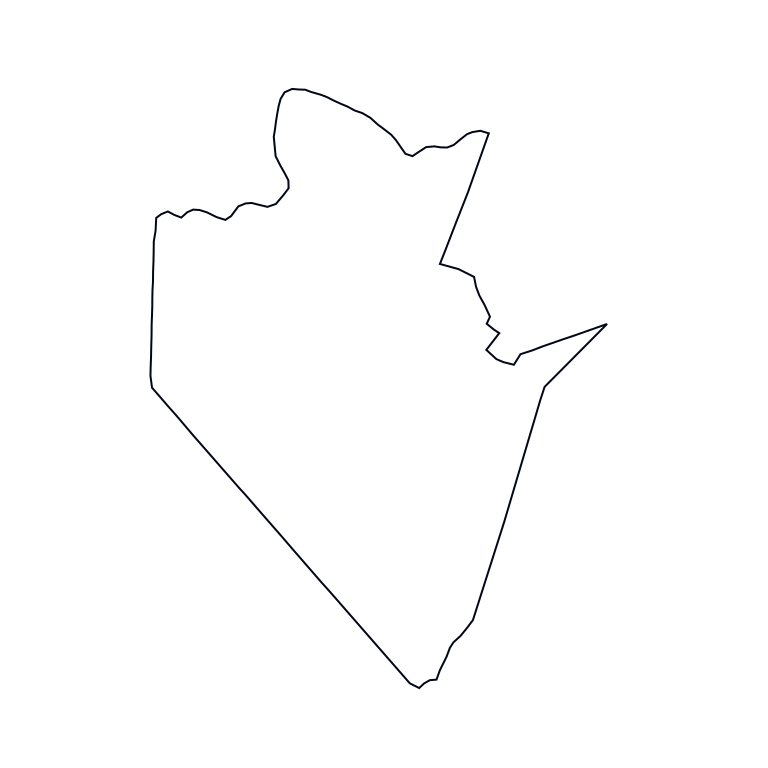 São Pedro da Aldeia, Rio de Janeiro, Brazil, rotated 171°
{"feature_id": "56859067B72272137778609", "entity_name": "São Pedro da Aldeia", "entity_type": "district", "adm_level": 2, "iso_a3": "BRA", "parent_name": "Brazil", "parent_adm1": "Rio de Janeiro", "projection": "natural_earth1", "projection_center": [-42.128, -22.782], "detail": "fine", "context": "isolated", "style": "outline", "palette": "ink", "viewbox_px": 768, "rotation_deg": 171, "n_neighbors": 0, "source": "geoboundaries", "source_scale": "gbopen_adm2", "svg_char_len": 1792}
<svg xmlns="http://www.w3.org/2000/svg" viewBox="0 0 768 768"><g transform="rotate(171 384 384)"><path d="M154.3,408.4L186.8,402.4L201.0,400.0L211.5,398.1L222.1,396.2L232.2,394.0L244.5,392.1L252.7,382.7L262.8,387.0L269.1,391.0L277.6,401.7L262.2,416.2L267.1,420.7L273.1,427.4L268.8,433.9L272.3,446.3L276.0,456.5L277.9,465.8L278.3,475.7L292.4,485.8L310.0,493.8L302.9,505.8L294.9,519.6L287.0,533.2L271.1,560.2L241.3,615.2L249.2,619.0L257.2,619.0L262.8,617.8L269.7,614.0L277.7,609.2L284.6,607.7L291.2,608.9L296.9,610.8L305.3,611.4L313.6,607.7L320.2,604.6L326.8,608.0L330.5,615.6L334.1,623.1L337.9,629.1L342.9,634.4L349.8,641.5L355.8,649.0L363.1,655.0L370.3,658.8L376.6,663.7L382.8,667.5L389.0,671.6L395.9,676.6L401.8,679.9L410.0,683.7L415.8,687.0L421.6,688.1L428.5,689.8L436.5,687.7L441.5,681.8L444.4,675.4L447.0,668.2L449.7,659.9L452.0,652.1L454.2,645.4L455.4,626.0L452.2,615.9L449.0,607.4L446.6,600.1L447.6,592.3L453.8,586.3L462.7,578.7L471.4,577.2L478.4,580.1L486.4,583.5L492.5,584.0L500.1,582.2L508.7,573.8L515.0,570.9L523.2,575.0L532.1,581.3L539.0,584.7L545.2,586.1L551.5,584.4L558.2,580.1L564.5,583.7L570.5,588.2L577.4,586.6L583.0,583.7L585.6,571.2L589.1,560.7L590.9,550.1L592.5,541.2L594.5,531.0L596.3,520.5L597.9,513.3L599.4,505.0L600.7,497.1L602.3,488.6L604.2,479.0L606.0,468.2L608.0,457.6L609.8,447.5L611.8,437.3L613.4,428.6L613.7,416.6L607.6,406.9L601.0,396.2L593.9,385.1L584.7,370.0L580.3,362.8L543.2,303.8L538.7,297.0L534.3,290.0L525.1,275.2L510.0,251.2L499.3,233.9L477.2,198.5L469.0,185.8L405.3,84.3L396.8,78.2L391.4,81.9L385.2,84.3L378.4,83.8L373.5,92.7L364.9,104.8L360.2,113.1L355.8,118.0L347.9,123.2L340.9,129.4L333.1,136.9L286.7,229.3L250.5,305.2L239.7,327.8L232.2,343.6L229.0,349.8L225.8,356.1L205.1,371.2L154.3,408.4Z" fill="none" stroke="#020617" stroke-width="2"/></g></svg>